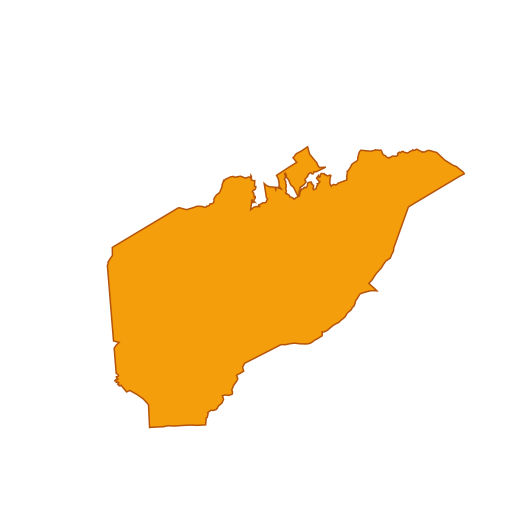 outline of Santo Tomás, México, Mexico, rotated 311°
{"feature_id": "50627088B97349809534472", "entity_name": "Santo Tomás", "entity_type": "district", "adm_level": 2, "iso_a3": "MEX", "parent_name": "Mexico", "parent_adm1": "México", "projection": "orthographic", "projection_center": [-100.273, 19.184], "detail": "fine", "context": "isolated", "style": "filled", "palette": "amber", "viewbox_px": 512, "rotation_deg": 311, "n_neighbors": 0, "source": "geoboundaries", "source_scale": "gbopen_adm2", "svg_char_len": 6061}
<svg xmlns="http://www.w3.org/2000/svg" viewBox="0 0 512 512"><g transform="rotate(311 256 256)"><path d="M151.4,150.0L98.4,204.2L101.0,209.4L96.6,209.0L93.3,209.5L75.7,227.5L75.9,228.1L75.9,228.6L75.9,229.8L75.7,230.7L75.4,230.8L75.0,230.9L74.5,230.8L73.9,230.5L73.3,230.0L73.2,229.2L72.8,231.3L72.3,232.4L71.8,231.5L68.7,231.2L69.0,231.4L69.6,232.1L69.9,232.3L69.9,232.9L69.8,233.2L69.1,233.5L69.9,234.1L70.3,234.7L70.3,235.5L69.8,235.7L68.8,235.6L68.6,235.7L68.9,236.4L68.3,237.1L68.3,237.9L69.0,238.0L69.2,239.0L69.9,239.1L68.5,247.5L71.7,248.9L73.5,257.4L74.2,264.5L73.3,272.4L56.7,288.2L58.0,289.3L66.2,297.9L70.1,300.9L74.0,305.8L79.7,311.5L86.0,318.1L89.5,322.6L95.5,328.8L101.1,324.7L102.1,325.1L105.6,323.3L106.2,322.3L110.0,323.2L111.1,324.8L112.2,325.6L113.9,326.6L115.7,326.7L117.9,326.0L122.8,326.8L126.6,325.5L128.5,322.3L131.0,324.0L132.8,326.8L136.1,328.7L138.0,327.5L139.0,325.6L143.6,324.0L149.0,323.5L151.5,322.7L153.2,319.6L160.9,322.3L163.4,318.7L164.8,318.5L166.0,318.1L166.9,318.0L167.9,317.9L205.5,333.0L208.0,336.0L209.7,337.4L212.4,339.4L213.2,340.2L215.5,342.2L219.0,347.4L219.8,348.2L221.9,350.9L223.9,352.9L225.9,354.2L226.9,354.6L227.7,354.8L230.7,355.4L231.7,355.8L232.5,356.0L233.1,356.4L235.6,357.2L237.2,357.6L238.6,358.2L239.1,358.2L239.5,358.1L240.1,357.7L241.1,356.6L242.2,355.7L242.7,356.5L243.2,357.1L246.1,358.4L247.5,358.8L248.8,358.9L254.1,359.7L257.0,360.7L260.4,362.1L262.9,362.2L264.2,362.4L265.3,362.7L267.2,363.0L269.1,363.1L272.0,362.4L273.0,362.4L274.2,362.5L276.5,363.0L277.1,363.1L278.6,363.0L279.8,362.6L281.6,362.6L282.6,362.7L285.1,361.9L287.6,360.5L289.9,360.4L294.9,359.4L296.2,359.6L299.3,361.4L304.7,365.1L306.7,367.1L309.0,370.1L309.2,367.5L309.3,359.1L314.4,359.3L318.5,358.6L322.4,358.2L329.4,358.4L333.1,357.7L337.5,357.3L342.5,358.7L346.5,357.3L349.9,356.5L352.4,354.7L393.1,338.8L449.0,357.1L454.7,359.3L455.3,357.5L455.0,350.7L455.0,348.7L453.7,345.2L452.2,335.4L452.7,324.6L449.1,317.0L446.5,315.4L445.8,315.5L445.3,315.2L444.6,314.2L443.4,313.6L443.5,313.1L443.7,312.8L443.2,312.2L442.1,307.4L441.8,307.0L441.4,306.9L440.9,306.9L440.3,306.6L439.8,306.3L439.4,306.0L439.1,305.6L439.1,304.7L438.0,304.7L437.1,304.2L435.4,303.4L435.1,303.5L433.2,302.9L431.4,299.6L431.5,298.5L430.3,297.4L428.6,297.2L428.4,296.0L426.3,295.6L426.1,296.4L424.9,296.9L423.5,296.5L420.8,293.4L419.0,292.9L418.8,292.5L418.1,292.3L417.4,292.3L416.9,291.6L417.0,291.0L416.6,290.8L416.4,290.3L416.2,289.5L416.6,287.8L416.6,287.5L416.1,286.6L416.0,286.0L416.1,285.1L416.1,284.8L416.2,284.4L417.7,281.7L417.9,281.1L417.8,280.7L417.7,280.5L416.6,279.9L415.8,278.2L414.6,276.9L414.6,276.5L413.6,276.2L410.3,273.8L404.6,265.7L402.7,265.7L401.9,265.9L401.4,266.2L400.1,266.6L399.2,267.3L397.7,267.9L396.8,268.4L396.2,269.1L395.1,269.7L393.4,269.8L392.1,269.1L391.0,269.0L389.9,268.5L389.4,268.5L388.4,268.3L387.6,268.3L386.8,268.5L385.7,269.0L384.2,269.1L381.1,269.7L380.4,269.4L379.7,269.3L379.4,269.4L378.8,270.3L375.5,272.3L373.0,274.7L364.6,270.1L362.8,270.1L361.7,269.2L361.0,267.7L360.7,267.5L360.2,267.5L359.3,266.9L358.0,267.0L358.6,265.2L359.7,263.6L363.9,260.5L365.7,259.9L365.7,258.8L364.8,258.4L363.1,257.1L363.0,256.0L363.1,255.3L363.0,255.1L362.5,254.5L362.9,253.3L362.5,253.1L361.1,251.1L360.1,251.2L359.5,251.2L358.9,251.8L358.2,252.1L357.3,252.4L356.9,251.9L356.6,251.8L357.7,250.4L354.8,250.5L354.4,250.8L353.7,254.7L354.2,255.3L353.5,255.7L352.3,255.4L351.7,255.7L350.7,254.8L349.9,256.0L348.6,256.0L346.1,257.2L345.3,256.7L343.8,256.2L344.4,254.4L345.3,254.5L347.1,253.1L346.8,251.3L347.6,250.4L347.2,249.8L348.0,249.2L347.5,248.5L346.0,247.5L345.1,247.2L342.0,248.9L341.1,249.1L340.1,248.8L339.8,247.5L338.7,247.4L338.0,247.6L337.0,247.1L336.5,246.7L335.5,246.7L332.9,247.4L331.3,248.4L330.5,249.0L329.6,249.3L326.3,248.0L323.8,247.5L324.1,246.8L323.7,244.4L322.8,243.0L323.7,240.9L323.3,240.0L323.5,239.2L322.7,237.8L322.9,237.1L323.4,237.3L325.3,236.0L326.6,233.9L328.0,233.6L328.2,233.1L329.6,232.1L329.7,231.3L332.0,229.3L332.0,228.4L332.7,227.0L334.1,226.8L336.0,225.5L336.4,224.1L337.1,223.6L337.8,223.8L336.5,226.3L335.4,227.2L334.8,231.2L334.1,232.1L333.1,234.1L332.4,235.9L332.5,239.2L328.8,248.0L330.1,248.4L332.7,246.3L333.5,246.0L334.9,245.9L336.3,244.4L336.9,244.9L337.7,244.3L339.1,245.1L340.8,245.1L341.6,245.4L343.7,245.2L344.0,245.3L344.8,245.1L345.1,244.8L345.3,243.2L345.9,242.6L350.1,242.7L350.5,242.4L350.7,242.0L351.4,242.1L351.9,242.1L353.4,241.9L354.9,242.9L354.8,243.8L354.8,244.4L355.4,245.1L355.8,245.3L357.7,244.4L358.8,246.1L368.9,250.4L364.3,245.8L365.1,242.7L366.1,241.3L368.1,229.5L372.3,223.3L364.5,221.2L360.9,219.7L358.6,219.2L356.5,219.6L354.4,219.5L353.4,225.3L344.2,222.5L330.3,218.6L329.1,221.7L327.3,224.4L326.8,224.6L325.5,226.4L323.7,227.5L323.1,231.0L322.3,229.0L322.0,227.3L321.4,227.0L321.0,226.2L319.0,227.4L319.6,226.2L320.6,225.6L319.2,223.6L317.2,221.0L316.1,217.9L316.1,214.6L306.9,225.6L306.7,227.4L305.6,227.5L303.3,228.3L302.2,227.9L300.7,226.3L297.1,225.0L296.3,224.5L295.7,224.8L295.6,225.3L296.1,226.8L293.0,223.3L291.1,222.3L287.3,221.6L295.2,216.5L294.7,215.8L295.7,216.3L294.7,217.4L293.9,217.8L294.3,218.7L295.3,218.4L295.9,219.8L296.1,218.6L296.4,218.1L297.9,217.5L299.2,217.4L300.2,216.6L299.5,216.4L299.3,215.8L301.0,214.2L301.9,212.9L302.2,211.4L302.1,211.1L304.2,210.8L305.0,211.5L306.3,211.6L308.3,210.4L307.5,209.2L307.9,208.9L312.1,205.6L311.1,204.6L310.4,202.6L312.5,200.8L313.0,200.3L313.4,199.3L312.4,200.0L311.3,200.2L311.1,198.8L307.9,197.0L306.0,191.9L302.5,189.1L301.8,188.8L301.1,186.6L299.0,184.9L293.6,182.5L292.4,182.5L291.6,182.6L291.7,182.1L287.3,183.8L287.1,184.2L285.5,185.1L281.0,186.6L279.2,186.8L276.2,186.1L273.0,186.4L271.3,186.9L270.2,188.1L268.8,188.8L267.7,188.8L266.5,188.5L265.2,187.1L264.7,187.3L263.8,187.5L262.9,187.3L261.8,186.7L261.3,186.1L259.8,186.2L259.2,185.6L258.3,183.3L256.8,181.1L254.8,178.8L252.3,177.5L245.4,173.2L242.1,166.4L240.9,165.6L168.2,141.9L162.2,147.3L156.7,147.9L155.2,148.3L154.3,148.3L153.5,149.2L152.6,149.7L151.4,150.0Z" fill="#f59e0b" stroke="#b45309" stroke-width="1.5"/></g></svg>